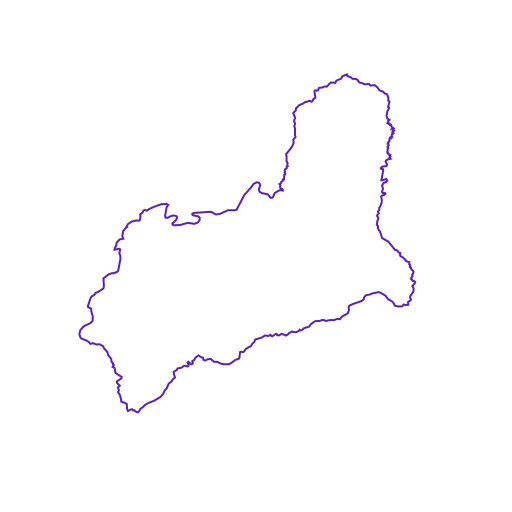 Chom Thong, Chiang Mai, Thailand (Equal Earth projection), rotated 241°
{"feature_id": "78962969B36039472825414", "entity_name": "Chom Thong", "entity_type": "district", "adm_level": 2, "iso_a3": "THA", "parent_name": "Thailand", "parent_adm1": "Chiang Mai", "projection": "equal_earth", "projection_center": [98.623, 18.375], "detail": "fine", "context": "isolated", "style": "outline", "palette": "violet", "viewbox_px": 512, "rotation_deg": 241, "n_neighbors": 0, "source": "geoboundaries", "source_scale": "gbopen_adm2", "svg_char_len": 6103}
<svg xmlns="http://www.w3.org/2000/svg" viewBox="0 0 512 512"><g transform="rotate(241 256 256)"><path d="M309.6,253.8L310.3,245.1L311.4,241.9L312.1,240.8L315.7,238.7L316.9,237.2L323.9,222.3L323.7,220.6L322.4,220.4L318.6,224.7L316.7,225.3L314.6,223.9L313.5,221.3L313.9,217.9L318.1,212.4L319.9,204.7L322.5,199.3L323.8,198.2L325.0,198.6L326.2,203.4L327.6,205.5L328.3,205.9L329.5,205.7L331.2,203.9L332.1,201.3L332.3,197.1L333.4,195.5L335.3,196.0L341.9,201.4L343.3,204.0L344.8,203.1L347.2,198.3L348.5,190.4L348.9,185.3L348.5,182.6L350.2,181.2L350.4,179.8L348.9,177.7L348.7,175.1L344.6,172.8L343.7,171.4L343.6,170.6L344.9,169.1L346.4,164.1L346.0,159.5L344.3,156.8L343.8,157.1L343.6,155.5L342.2,151.9L338.2,148.7L335.4,148.3L336.6,144.9L335.2,140.6L333.0,138.9L331.2,136.1L330.1,135.3L328.6,139.9L327.6,140.5L324.7,137.8L321.9,137.4L319.0,135.9L310.0,128.4L309.4,126.7L309.7,125.9L309.5,125.0L310.0,124.1L310.0,122.8L310.7,122.0L311.4,118.2L310.4,111.7L303.1,108.2L301.6,106.7L301.1,100.6L301.5,97.7L300.4,95.8L300.3,92.7L299.5,91.0L293.5,84.5L292.6,84.4L289.8,86.3L287.4,85.1L281.9,83.8L278.4,81.5L277.6,79.0L278.0,71.8L277.5,69.8L276.3,66.4L273.4,63.7L270.6,63.0L268.4,63.3L264.2,66.8L262.3,67.9L259.4,68.6L258.9,71.0L255.9,73.6L254.7,76.4L251.1,78.6L249.3,78.3L244.0,79.4L240.6,78.6L236.3,79.5L233.4,78.4L231.4,78.9L230.5,78.4L229.6,78.7L228.5,76.8L227.2,77.9L226.3,77.9L221.8,76.4L215.3,79.9L214.2,78.8L213.7,73.3L212.4,72.9L208.6,74.0L208.0,71.5L205.0,71.0L203.7,69.3L201.7,69.6L198.0,69.1L193.8,67.6L191.0,70.2L189.2,71.2L185.0,69.2L182.5,68.9L182.4,72.5L181.9,73.5L180.4,73.7L180.2,74.8L178.4,75.3L176.5,76.8L176.7,78.2L178.4,81.1L178.7,84.1L179.5,86.4L179.6,91.0L178.8,96.4L179.0,104.0L180.4,107.9L182.6,110.9L183.6,113.8L186.6,117.6L187.4,121.6L188.3,122.8L189.0,126.2L193.8,127.3L194.6,128.2L194.7,131.3L195.7,132.8L194.4,136.8L194.9,139.6L194.2,141.1L192.7,142.3L192.5,143.4L193.4,144.4L195.8,144.4L196.3,145.5L192.7,146.9L192.5,148.3L193.2,149.0L195.0,149.3L195.0,151.4L196.4,153.8L197.0,157.4L193.7,159.2L192.7,160.4L190.8,159.7L189.6,160.4L189.1,161.5L189.1,163.8L187.8,166.6L183.8,168.0L182.1,171.0L180.0,172.1L177.0,175.2L174.7,179.4L174.3,181.6L175.1,187.6L174.5,191.7L179.7,195.5L179.5,196.6L178.3,197.9L178.2,199.1L179.7,202.3L179.7,208.1L180.7,209.5L181.8,213.2L183.0,214.3L183.2,215.4L181.9,221.6L182.1,225.4L180.1,228.0L180.0,230.5L178.5,230.7L177.9,231.3L178.3,235.5L177.8,236.1L176.4,236.2L175.4,237.6L175.5,240.5L173.1,242.9L172.0,243.4L171.9,246.0L172.5,247.1L172.5,250.9L170.5,253.0L169.8,254.8L169.8,257.6L170.2,258.3L169.5,258.5L169.0,260.5L169.6,262.9L168.5,268.4L169.7,270.7L170.4,275.5L169.5,278.3L168.4,279.8L167.9,283.1L166.9,284.6L165.4,285.4L164.0,289.9L162.1,293.2L161.6,296.7L160.0,298.7L161.4,302.0L161.3,307.1L161.6,308.9L163.4,310.9L166.7,312.5L167.3,313.6L167.0,317.7L165.4,326.7L166.0,329.5L167.3,330.4L168.2,332.6L168.2,333.7L167.1,337.1L166.9,339.5L164.9,345.9L163.4,347.2L158.3,350.1L154.4,350.6L150.3,353.0L147.4,353.6L145.5,353.2L142.9,355.9L141.4,358.8L141.2,359.6L141.9,361.7L140.9,362.6L139.5,365.5L142.1,366.8L142.3,369.7L142.8,370.4L145.3,370.7L146.0,371.3L148.6,376.5L151.3,378.2L153.8,378.1L155.1,381.5L156.1,382.7L157.5,382.1L158.3,380.8L160.2,381.0L160.8,380.5L161.6,381.1L162.7,383.3L163.9,383.4L164.5,385.0L166.2,386.3L169.5,385.4L171.1,385.9L171.8,385.2L173.3,386.4L174.5,386.0L176.1,387.1L179.1,384.6L179.9,384.9L184.0,383.6L185.7,382.3L187.5,382.6L188.8,383.5L190.2,382.4L192.4,382.3L194.1,380.5L204.2,378.8L210.6,375.0L217.1,376.3L219.6,375.9L221.2,376.2L222.8,377.2L224.7,376.7L228.0,379.3L229.0,380.9L230.1,381.4L232.6,381.3L233.8,384.0L235.7,384.2L236.7,386.3L238.5,387.2L239.3,389.0L242.2,392.2L244.5,393.4L247.2,394.2L247.8,395.7L247.2,398.0L247.5,399.1L248.5,399.3L249.7,397.5L250.9,397.1L253.1,399.6L256.6,400.5L258.0,403.0L257.6,405.7L258.5,407.4L260.2,407.3L261.0,403.2L261.5,402.4L269.3,408.9L270.5,409.1L271.5,407.7L272.3,407.7L272.8,408.8L272.8,410.3L271.6,413.1L271.6,414.0L272.9,415.1L275.8,415.1L276.5,416.0L276.6,418.0L275.8,420.8L277.2,420.3L277.8,421.7L278.2,421.5L279.0,422.3L279.4,421.5L280.1,422.0L281.7,420.9L282.6,421.5L283.0,421.1L285.5,422.9L285.9,423.8L286.8,424.1L287.2,423.7L288.0,424.2L288.4,425.7L289.8,426.0L290.3,425.5L290.8,426.0L290.9,427.0L291.6,427.2L291.8,428.5L293.4,429.3L293.4,430.4L294.0,429.9L294.6,430.7L294.7,432.0L294.2,432.8L295.5,433.0L296.4,434.0L296.4,434.7L297.0,434.8L296.9,435.6L298.0,435.4L297.9,436.1L298.6,436.2L298.3,436.7L298.6,437.3L299.0,436.7L300.4,438.1L300.7,437.3L301.4,437.7L301.5,436.8L301.9,437.6L302.4,437.2L305.2,437.7L305.6,437.5L305.4,436.8L306.3,436.4L306.6,437.0L307.2,436.9L307.2,436.3L308.4,435.3L309.5,436.8L310.0,436.9L310.3,438.7L312.6,437.5L315.5,438.2L319.0,441.2L321.0,444.3L322.4,443.8L325.7,447.1L326.5,447.5L327.9,447.0L330.0,448.4L333.5,449.0L334.2,448.9L335.6,447.5L338.1,446.8L340.8,444.5L345.4,443.7L347.8,442.7L349.6,438.7L351.8,438.1L353.3,434.5L355.8,432.6L357.5,430.6L360.7,430.2L362.5,429.2L364.1,426.3L366.4,425.5L368.5,423.6L370.2,422.8L370.6,423.4L371.0,422.4L371.2,418.3L370.2,417.2L369.9,416.3L370.4,411.3L369.0,409.3L371.4,405.8L370.8,402.8L369.8,400.3L371.2,397.5L371.3,395.4L372.5,392.8L370.8,390.3L372.2,387.6L371.5,386.8L365.7,384.7L365.4,382.3L364.0,380.2L364.1,379.3L366.0,378.0L366.2,375.0L366.9,373.9L366.5,370.7L367.0,367.3L365.8,362.7L364.0,361.3L363.0,357.8L357.9,357.3L356.3,355.3L354.8,354.5L352.7,354.4L350.8,352.3L348.8,352.0L342.8,348.7L341.0,348.4L339.7,345.1L336.5,343.6L335.0,341.7L333.2,338.6L330.5,331.7L327.9,330.9L324.5,328.8L322.0,328.7L319.8,327.1L319.2,327.3L319.2,326.0L317.9,325.5L317.7,323.3L317.2,322.7L315.8,322.2L315.1,321.4L314.0,321.7L313.1,321.0L313.3,320.1L309.3,317.5L309.8,316.6L308.6,315.6L308.6,314.2L307.6,313.1L307.5,311.4L305.9,311.7L304.9,310.5L303.6,310.3L302.4,311.0L301.9,310.7L301.1,311.7L300.2,311.2L301.9,309.1L302.2,305.6L301.8,302.6L299.4,299.6L299.2,298.3L299.9,296.9L304.1,296.3L308.2,291.6L310.3,290.3L312.6,290.6L316.2,294.2L318.2,294.2L319.7,293.1L320.1,292.2L320.2,288.7L318.4,285.1L315.1,275.5L305.9,261.5L306.4,259.4L309.6,253.8Z" fill="none" stroke="#5b21b6" stroke-width="2"/></g></svg>